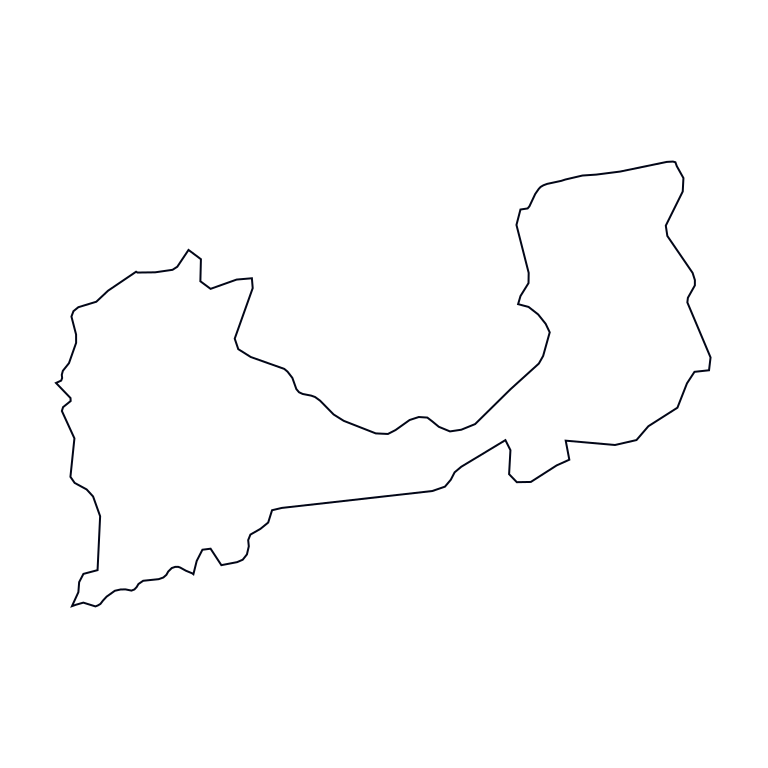 Vercelli, Mercator projection, rotated 87°
{"feature_id": "ITA-5436", "entity_name": "Vercelli", "entity_type": "Province", "adm_level": 1, "iso_a3": "ITA", "parent_name": "Italy", "parent_adm1": "", "projection": "mercator", "projection_center": [8.234, 45.554], "detail": "fine", "context": "isolated", "style": "outline", "palette": "ink", "viewbox_px": 768, "rotation_deg": 87, "n_neighbors": 0, "source": "natural_earth", "source_scale": "10m", "svg_char_len": 2127}
<svg xmlns="http://www.w3.org/2000/svg" viewBox="0 0 768 768"><g transform="rotate(87 384 384)"><path d="M271.8,562.0L279.9,552.2L272.0,525.7L271.5,510.4L281.4,510.1L330.9,530.7L341.6,527.7L350.1,515.6L363.7,482.8L366.6,479.7L373.1,475.2L384.5,471.8L387.8,469.3L389.7,465.7L391.8,457.3L393.4,453.5L397.3,448.7L411.8,435.9L418.7,426.1L432.9,394.8L434.1,382.7L430.6,374.9L421.3,360.3L418.8,351.0L419.8,342.5L423.9,337.7L429.6,331.5L434.8,320.6L433.7,309.2L428.8,295.1L395.8,257.9L371.7,228.3L364.3,223.6L341.1,215.8L332.4,219.4L322.6,226.4L314.6,235.6L311.3,245.9L303.3,243.1L290.8,234.4L280.6,233.7L232.1,243.4L216.9,238.6L216.2,231.4L214.2,229.5L202.1,223.0L197.2,219.2L195.4,217.3L193.9,214.4L192.7,210.6L190.4,196.3L189.3,192.2L186.2,174.9L186.0,161.1L184.2,137.0L177.0,89.9L177.0,83.8L177.8,81.4L181.8,80.2L194.0,74.2L207.4,75.6L240.6,94.3L251.0,93.3L289.2,70.0L296.5,68.1L301.8,68.4L313.8,76.0L318.4,76.8L374.6,56.5L387.3,58.7L388.1,73.3L399.2,81.4L423.0,92.2L440.0,122.2L453.2,134.8L457.0,156.5L450.1,205.5L469.3,202.9L474.3,215.8L489.5,242.5L489.0,256.5L480.6,263.8L456.7,261.2L446.4,265.7L470.7,311.2L475.9,318.1L483.1,322.3L489.7,328.5L493.4,341.4L502.4,492.5L504.2,502.4L516.3,506.9L522.2,515.0L527.4,525.3L532.8,527.8L539.0,527.5L547.0,529.8L552.1,534.3L554.2,540.0L556.4,555.9L539.4,565.8L540.0,574.0L550.9,580.3L564.0,584.3L563.0,585.5L560.1,591.6L556.6,597.2L555.8,599.2L555.7,602.1L556.7,605.6L560.0,609.3L563.2,611.3L565.7,614.5L567.1,619.2L567.9,634.8L570.9,639.7L573.8,641.6L576.1,644.0L577.1,647.0L575.6,652.8L575.4,657.7L576.4,663.6L581.8,672.1L585.6,676.0L588.8,678.7L590.2,681.4L591.0,683.8L586.6,695.7L588.3,703.1L589.5,707.2L575.9,700.1L565.9,698.8L557.9,694.1L554.9,679.8L501.2,674.4L481.1,680.4L473.7,686.5L466.6,698.1L460.3,702.0L422.1,696.0L394.1,707.1L390.3,705.7L384.6,697.8L381.6,697.8L365.8,711.5L363.7,706.2L361.2,705.1L358.0,705.3L354.0,704.0L346.7,697.5L326.8,689.3L318.5,688.9L300.3,692.6L295.0,690.3L291.3,685.2L286.8,667.0L276.4,654.7L258.9,625.7L259.8,624.4L260.5,606.7L258.9,589.2L256.1,584.3L239.9,572.2L249.8,560.3L271.8,562.0Z" fill="none" stroke="#020617" stroke-width="2"/></g></svg>